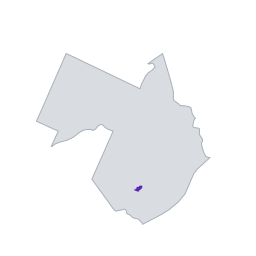 location of San Francisco El Alto, Totonicapán, Guatemala, rotated 294°
{"feature_id": "79465075B12043571614717", "entity_name": "San Francisco El Alto", "entity_type": "district", "adm_level": 2, "iso_a3": "GTM", "parent_name": "Guatemala", "parent_adm1": "Totonicapán", "projection": "albers", "projection_center": [-91.49, 14.976], "detail": "fine", "context": "in_parent", "style": "filled", "palette": "violet", "viewbox_px": 256, "rotation_deg": 294, "n_neighbors": 0, "source": "geoboundaries", "source_scale": "gbopen_adm2", "svg_char_len": 2319}
<svg xmlns="http://www.w3.org/2000/svg" viewBox="0 0 256 256"><g transform="rotate(294 128 128)"><path d="M46.0,180.5L47.0,179.5L48.0,176.9L49.1,174.4L48.4,171.4L48.0,168.9L49.3,165.4L49.2,162.8L49.8,161.2L51.6,160.1L52.6,158.1L47.3,151.1L47.3,149.5L48.0,147.6L52.4,140.2L57.5,131.4L63.2,121.6L66.5,115.8L78.9,115.8L87.1,115.8L97.5,115.8L108.7,115.7L116.2,115.7L119.2,115.6L118.7,111.8L119.0,107.6L120.4,103.8L120.4,102.1L118.2,100.0L113.9,98.8L111.5,97.0L111.5,94.7L110.4,91.9L108.3,88.7L104.1,85.3L97.5,81.9L92.0,77.3L87.4,71.5L83.6,67.8L80.6,66.3L79.9,65.4L88.6,65.5L96.8,65.6L96.8,57.3L96.9,49.9L96.9,41.6L111.8,41.6L129.5,41.5L148.0,41.4L162.4,41.3L170.9,41.2L170.7,51.5L170.3,63.5L170.1,72.2L169.8,83.9L169.4,95.9L169.0,112.2L168.7,122.8L168.9,123.0L173.7,122.5L181.0,122.9L182.7,122.8L184.9,123.7L186.6,124.0L190.3,126.3L194.7,128.0L197.4,124.4L195.9,122.2L194.8,121.1L195.0,120.1L210.0,129.3L208.3,130.8L204.5,134.2L197.7,140.0L191.6,145.2L185.7,150.0L180.3,154.2L179.7,154.6L172.9,157.7L171.8,159.1L170.4,165.0L169.7,166.5L171.0,169.8L172.3,174.8L171.9,177.5L167.2,180.8L165.1,183.8L164.2,185.7L163.3,185.2L161.9,185.1L158.5,185.8L156.9,186.0L155.5,186.9L155.4,188.7L156.3,191.6L156.6,193.2L155.7,193.9L151.5,195.7L149.9,197.5L148.4,200.2L146.5,201.4L144.6,201.2L143.3,201.6L140.4,203.7L136.1,207.6L133.8,210.6L133.7,212.8L134.2,214.8L118.3,207.9L113.0,206.7L90.8,206.9L81.3,204.2L70.4,198.9L63.1,194.1L46.0,180.5Z" fill="#d9dde1" stroke="#a8b0b8" stroke-width="1"/><path d="M74.5,160.1L74.5,160.3L74.5,160.5L74.6,161.2L74.5,161.6L74.5,161.8L74.5,162.0L74.6,162.3L74.8,162.5L74.9,162.9L75.0,162.9L75.0,163.0L75.3,162.9L75.5,162.9L75.8,162.9L75.9,163.0L76.0,163.0L76.3,163.2L76.5,163.2L76.8,163.3L77.0,163.4L77.2,163.5L77.3,163.8L77.2,163.9L77.3,164.0L77.6,164.1L77.9,164.2L78.1,164.2L78.6,164.3L78.8,164.4L79.1,164.4L79.4,164.5L79.5,164.5L79.5,164.4L79.8,164.2L80.0,163.8L80.1,163.7L79.9,163.4L79.7,163.1L79.6,162.9L79.4,162.7L79.2,162.5L78.9,162.6L78.6,162.6L78.3,162.6L78.1,162.5L77.9,162.4L77.9,162.2L77.7,161.9L77.7,161.7L77.6,161.4L77.6,161.2L77.4,160.9L77.2,160.8L76.9,160.7L76.6,160.8L76.4,160.9L76.4,161.2L76.2,161.5L75.9,161.6L75.7,161.5L75.6,161.4L75.6,161.2L75.4,161.1L75.2,160.9L74.9,160.5L74.9,160.4L74.7,160.4L74.6,160.2L74.5,160.1Z" fill="#8b5cf6" stroke="#5b21b6" stroke-width="1.5"/></g></svg>